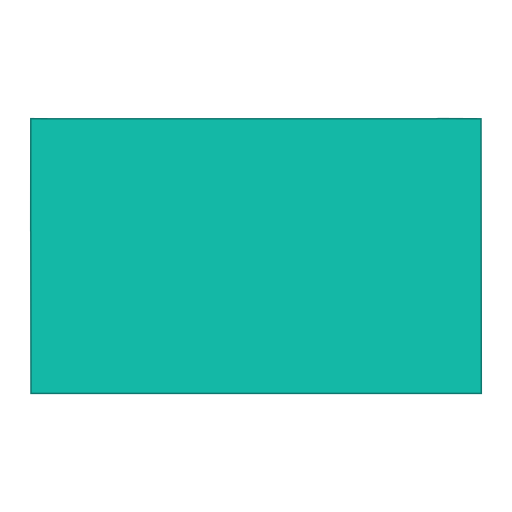 the district of Dallam, Texas, United States of America
{"feature_id": "52423323B63824106950713", "entity_name": "Dallam", "entity_type": "district", "adm_level": 2, "iso_a3": "USA", "parent_name": "United States of America", "parent_adm1": "Texas", "projection": "robinson", "projection_center": [-102.699, 36.278], "detail": "fine", "context": "isolated", "style": "filled", "palette": "teal", "viewbox_px": 512, "rotation_deg": 0, "n_neighbors": 0, "source": "geoboundaries", "source_scale": "gbopen_adm2", "svg_char_len": 246}
<svg xmlns="http://www.w3.org/2000/svg" viewBox="0 0 512 512"><path d="M51.0,118.8L30.8,118.7L30.7,231.1L30.8,231.6L31.0,393.4L481.3,393.4L481.0,118.8L438.8,118.6L436.0,118.8L51.0,118.8Z" fill="#14b8a6" stroke="#0f766e" stroke-width="1.5"/></svg>